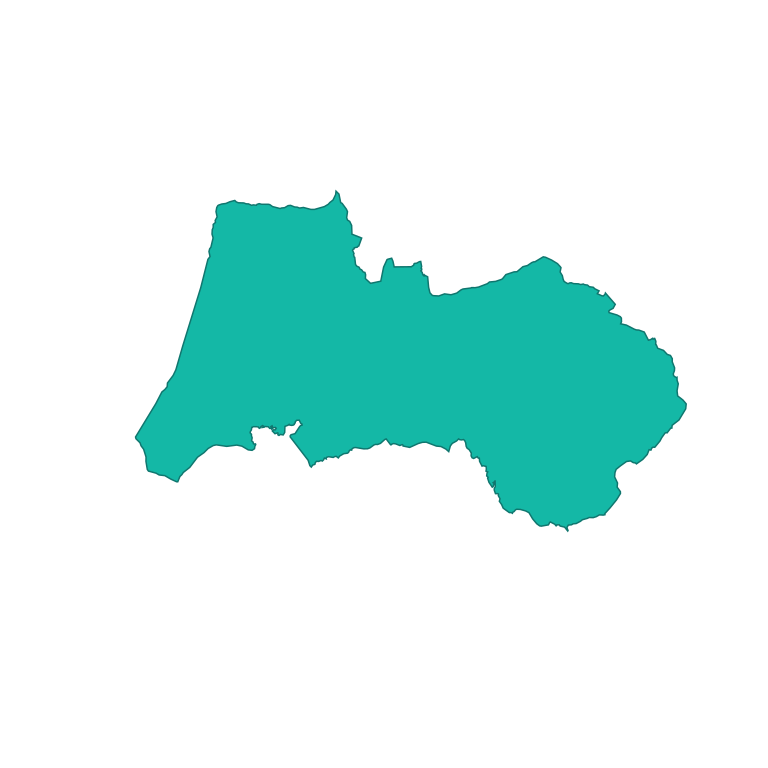 Praid, Harghita, Romania, rotated 229°
{"feature_id": "2599482B16532186866863", "entity_name": "Praid", "entity_type": "district", "adm_level": 2, "iso_a3": "ROU", "parent_name": "Romania", "parent_adm1": "Harghita", "projection": "albers", "projection_center": [25.2, 46.586], "detail": "fine", "context": "isolated", "style": "filled", "palette": "teal", "viewbox_px": 768, "rotation_deg": 229, "n_neighbors": 0, "source": "geoboundaries", "source_scale": "gbopen_adm2", "svg_char_len": 6171}
<svg xmlns="http://www.w3.org/2000/svg" viewBox="0 0 768 768"><g transform="rotate(229 384 384)"><path d="M170.7,599.0L175.8,599.1L182.3,597.8L186.6,600.7L191.1,606.2L194.5,607.6L196.8,609.5L196.9,609.0L199.2,608.1L200.6,608.2L201.9,609.0L203.5,611.9L205.5,613.9L211.6,616.1L214.0,618.2L217.6,618.9L220.5,617.2L226.0,617.0L231.4,614.0L234.9,615.2L235.5,614.9L237.9,617.2L240.8,618.2L241.1,617.9L240.7,617.6L241.3,616.5L242.3,616.6L242.6,614.3L243.6,612.3L252.5,614.5L257.5,611.7L259.3,609.9L261.3,608.8L269.4,605.6L274.2,602.1L275.2,604.1L278.0,606.4L279.8,606.5L283.1,605.2L290.2,600.7L291.5,601.4L291.6,603.2L290.8,606.5L292.4,610.8L307.4,610.8L306.8,609.9L306.5,607.4L307.5,606.4L312.2,604.2L313.2,607.4L317.5,605.6L319.7,605.4L322.7,602.8L325.1,602.5L327.4,600.5L328.7,600.0L330.0,597.7L332.1,596.4L335.4,592.9L337.6,591.7L338.5,590.4L338.8,589.1L339.6,588.3L343.2,587.2L345.5,587.9L348.8,589.7L353.0,590.4L355.7,593.9L356.8,594.0L361.0,593.9L367.6,591.8L373.6,589.1L375.5,587.6L377.2,578.1L378.1,576.9L378.7,575.1L379.3,570.0L381.4,565.8L381.5,558.0L383.3,555.7L386.6,547.8L385.7,542.5L385.9,541.2L388.2,535.6L391.8,530.5L391.9,527.8L395.1,519.0L396.9,516.0L399.3,513.3L399.5,512.5L403.9,505.9L404.5,503.9L404.9,498.5L407.4,493.1L412.3,488.8L414.5,483.1L418.0,479.5L419.1,478.6L422.7,478.5L427.7,481.1L436.3,487.3L438.7,486.3L439.0,485.7L439.4,485.9L439.4,485.3L440.1,485.6L440.0,485.2L441.0,485.0L443.4,486.1L444.7,485.9L445.2,486.2L445.0,486.4L445.3,487.2L446.1,488.0L446.9,487.9L448.0,489.5L452.4,492.1L453.1,491.0L453.8,487.8L454.9,486.3L455.0,485.5L454.2,484.3L454.6,481.5L465.7,468.5L470.8,471.3L473.9,472.3L475.6,468.9L475.9,467.9L472.5,460.4L463.7,449.0L468.8,439.9L475.8,439.1L478.5,441.8L480.7,442.8L482.2,441.8L484.9,442.0L486.4,441.3L488.5,441.8L491.0,440.7L493.0,441.0L498.8,445.0L499.5,444.8L501.7,446.0L502.1,446.9L505.6,448.0L505.9,449.3L505.6,450.0L506.3,451.0L504.8,453.6L505.0,455.0L504.7,455.5L508.8,462.9L518.1,458.1L524.9,463.6L529.2,464.8L531.6,464.0L534.0,464.9L538.0,469.5L540.6,470.3L547.8,470.9L549.3,470.3L556.9,474.6L561.0,474.3L558.7,471.8L556.3,466.2L556.5,462.3L556.2,459.9L557.0,455.4L561.3,446.2L563.8,443.3L570.1,439.0L572.2,435.7L574.4,434.5L576.2,432.7L580.1,430.7L581.5,428.7L582.3,424.6L584.1,422.1L584.6,420.7L591.0,416.3L594.3,415.5L595.4,414.7L600.0,409.5L602.0,408.1L602.9,406.0L602.6,405.0L605.0,402.8L605.7,401.3L608.8,399.9L610.5,398.1L612.6,397.0L616.2,393.1L618.2,392.0L620.4,391.8L622.6,387.4L624.0,383.1L626.3,379.6L627.6,376.3L627.6,375.4L626.9,373.5L624.3,370.3L619.6,367.7L618.2,363.9L616.5,362.8L616.5,359.8L614.2,357.8L613.1,355.6L609.9,352.5L606.4,350.9L600.8,343.1L600.4,341.1L598.8,338.8L594.3,336.3L593.6,332.9L577.0,309.0L544.7,257.0L531.3,236.3L528.8,230.5L526.8,221.2L524.2,218.6L523.6,215.1L523.7,211.1L518.9,199.0L507.0,161.7L505.4,160.9L499.7,161.3L496.7,160.1L492.5,159.8L485.0,156.5L481.8,153.6L474.8,149.3L472.8,149.1L466.2,153.5L462.9,154.6L458.6,158.5L452.1,160.7L446.3,163.3L445.5,164.2L448.1,169.3L448.2,171.9L448.9,174.5L448.5,182.7L451.1,195.2L450.3,203.1L450.7,209.0L449.6,214.7L448.1,217.5L440.1,224.4L434.5,232.8L430.3,236.0L423.4,238.3L420.5,240.9L420.1,243.8L421.8,245.8L422.4,247.4L423.1,247.7L423.8,246.7L424.6,246.3L426.1,247.1L428.0,246.8L429.9,249.2L431.9,250.0L433.0,251.0L435.0,250.9L435.8,252.0L436.3,253.7L438.0,255.8L437.6,256.4L437.6,257.3L435.2,260.0L434.0,260.9L432.4,260.8L431.9,262.6L432.6,263.0L432.3,265.1L431.3,265.4L430.8,264.0L430.0,265.3L430.0,266.3L427.7,268.6L425.5,268.6L424.9,269.5L423.5,269.6L423.6,270.8L426.1,270.7L425.9,272.1L423.7,271.4L422.6,273.5L421.3,273.6L420.8,271.7L421.9,270.6L421.8,268.9L418.0,269.1L417.0,271.6L416.5,271.8L415.3,270.6L414.1,271.0L413.9,272.7L411.7,274.5L412.6,277.3L417.0,281.4L415.8,284.6L415.8,285.9L415.0,285.8L413.3,287.2L412.4,288.8L412.4,289.9L412.9,290.3L412.9,291.5L413.7,292.3L413.9,294.3L412.3,296.3L409.1,295.4L407.6,295.8L406.7,295.1L407.4,293.8L407.1,292.0L404.9,284.3L406.7,280.6L406.5,279.3L405.6,278.5L376.2,276.7L371.0,274.5L369.0,274.6L369.6,277.1L368.7,279.1L369.8,280.7L369.9,282.4L368.4,283.9L367.6,286.3L366.3,286.9L366.4,288.7L367.2,290.4L365.4,291.3L366.1,291.7L366.3,292.6L365.5,294.5L361.9,297.5L361.5,299.4L360.7,300.5L358.2,301.0L358.7,303.3L357.8,307.9L355.8,311.0L355.6,312.3L356.2,313.4L356.4,315.4L355.3,316.2L356.0,317.1L355.8,319.3L354.7,320.9L348.4,326.1L345.9,329.1L345.0,331.5L344.6,336.4L343.9,338.1L342.6,339.4L341.5,342.4L341.6,348.2L341.1,349.6L333.8,349.1L333.4,349.6L333.4,350.9L332.7,352.2L331.2,353.5L327.2,355.6L326.3,358.0L325.3,358.2L324.7,357.7L319.3,361.8L316.6,370.8L314.8,374.7L312.4,377.7L302.8,382.8L299.4,386.0L294.3,388.0L290.5,388.5L293.7,393.4L294.4,396.6L293.4,401.4L293.6,404.3L292.2,404.7L290.8,406.0L290.0,407.5L288.5,407.8L286.1,407.1L283.0,405.1L281.0,404.6L278.6,405.2L274.7,404.6L272.6,402.6L270.5,402.1L269.0,402.8L268.0,406.7L266.2,406.5L265.5,407.3L262.9,405.4L257.7,404.1L257.4,405.1L254.8,407.0L252.6,405.4L251.3,403.8L249.6,404.6L249.3,403.5L247.3,401.2L245.2,401.4L244.9,400.4L240.9,398.7L235.1,398.0L234.9,398.9L236.6,401.8L237.9,401.6L237.7,402.6L238.1,403.8L237.8,404.2L233.6,400.7L232.6,398.4L231.4,397.5L228.1,396.2L226.5,398.1L225.9,398.2L224.7,397.0L221.3,396.3L219.8,394.1L215.9,393.7L212.1,392.5L204.8,394.2L203.4,395.7L202.2,396.1L202.7,397.0L202.4,398.6L202.8,400.7L202.4,402.0L199.9,404.6L195.3,407.6L191.8,409.0L184.7,407.7L178.3,407.6L174.8,408.4L173.5,409.5L169.8,415.7L170.7,417.9L170.8,419.0L166.1,420.9L164.1,420.8L163.9,421.1L164.3,422.1L162.7,423.9L161.3,423.7L157.5,426.4L152.5,426.2L152.7,426.8L155.6,427.8L156.6,430.5L154.7,433.2L154.4,435.0L152.6,437.5L151.5,442.2L151.4,444.7L149.1,449.5L148.7,451.2L145.9,454.2L144.6,457.2L143.9,460.7L141.2,463.5L140.4,465.0L141.3,465.7L142.2,473.3L144.0,483.5L146.2,490.6L147.7,491.8L153.2,492.3L156.1,495.3L162.6,497.1L165.6,500.2L167.3,503.2L167.1,508.8L166.4,516.2L164.2,519.6L161.2,520.5L159.4,522.0L158.1,522.1L157.3,529.8L158.1,536.4L160.5,541.0L159.0,542.1L160.0,544.1L159.8,545.6L158.6,546.9L159.9,554.8L161.3,558.5L162.6,563.9L162.2,565.0L161.4,565.6L162.6,571.5L161.9,572.3L163.8,574.4L163.3,583.0L167.3,595.4L170.7,599.0Z" fill="#14b8a6" stroke="#0f766e" stroke-width="1.5"/></g></svg>